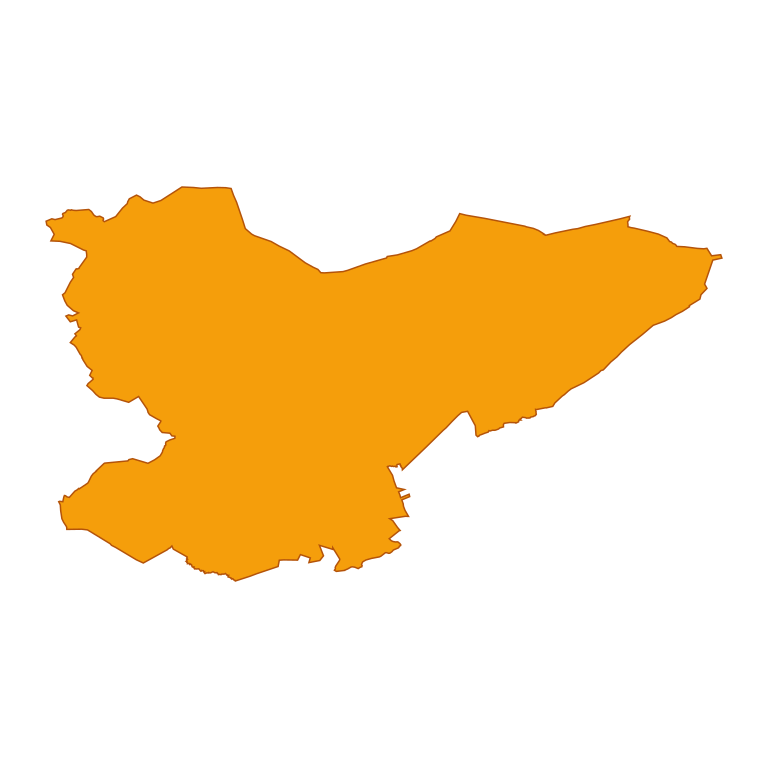 Izvaltas pag., Kraslavas, Latvia
{"feature_id": "27541924B67653564082262", "entity_name": "Izvaltas pag.", "entity_type": "district", "adm_level": 2, "iso_a3": "LVA", "parent_name": "Latvia", "parent_adm1": "Kraslavas", "projection": "natural_earth1", "projection_center": [27.011, 55.966], "detail": "fine", "context": "isolated", "style": "filled", "palette": "amber", "viewbox_px": 768, "rotation_deg": 0, "n_neighbors": 0, "source": "geoboundaries", "source_scale": "gbopen_adm2", "svg_char_len": 6017}
<svg xmlns="http://www.w3.org/2000/svg" viewBox="0 0 768 768"><path d="M629.8,216.3L619.8,218.9L595.2,224.5L585.2,226.5L577.8,228.6L572.7,229.3L555.3,232.9L545.6,235.3L543.9,234.4L544.3,234.2L542.8,233.2L538.5,230.5L533.4,228.4L526.3,226.8L524.9,226.2L484.9,218.4L466.1,215.2L459.7,213.6L455.8,221.5L450.0,230.9L436.3,236.9L435.0,238.5L430.8,241.1L430.2,240.9L416.5,248.8L411.9,250.7L397.4,254.9L387.2,256.5L386.5,258.0L365.4,264.0L347.8,270.3L343.0,271.6L324.4,272.9L320.8,272.7L317.9,269.4L313.3,267.3L305.2,262.8L289.2,250.9L279.2,246.1L271.1,241.5L254.5,235.7L251.6,234.1L245.3,228.6L242.4,219.4L236.6,202.3L233.6,195.5L231.1,188.5L225.6,187.7L217.5,187.5L201.3,188.3L193.5,187.5L181.9,187.0L160.9,200.5L153.0,203.1L143.9,200.1L140.0,196.8L136.5,195.1L129.3,198.8L127.7,201.8L127.3,203.6L122.5,208.1L115.7,216.6L104.3,221.7L103.1,220.7L103.0,220.2L103.6,219.0L103.2,217.9L99.8,216.2L96.9,216.7L95.7,216.4L93.8,215.0L91.4,211.5L88.8,209.5L76.2,210.5L73.3,210.3L71.2,209.8L70.7,210.3L68.6,209.9L67.3,210.2L65.4,212.5L62.9,213.5L62.5,214.2L63.3,216.0L62.5,217.5L61.7,218.0L55.1,219.6L51.8,218.8L46.1,221.2L46.8,225.0L50.4,227.5L54.2,234.3L50.9,240.9L59.9,241.3L70.5,243.5L83.7,250.1L86.2,250.8L86.7,254.5L86.7,257.1L79.2,267.6L79.0,268.4L77.0,269.0L76.5,268.8L76.1,268.9L72.5,274.3L73.6,277.4L70.3,282.3L65.0,292.8L62.5,294.8L64.8,300.9L67.2,305.3L73.4,310.7L78.5,312.9L72.6,315.9L68.7,314.9L65.9,316.1L70.3,321.8L76.6,319.9L78.6,327.1L80.7,327.8L79.9,329.7L74.9,333.8L76.4,335.8L74.8,337.1L70.3,342.6L74.2,345.1L76.2,347.3L80.3,354.5L81.3,355.4L82.1,358.2L82.4,358.1L82.9,359.7L87.1,366.4L92.1,370.4L89.7,375.4L92.4,378.0L92.9,378.0L93.1,379.3L88.1,383.6L86.9,385.6L92.6,390.6L96.0,394.4L99.4,397.1L104.1,398.2L113.2,398.2L117.1,398.9L128.7,402.3L138.6,396.5L147.0,408.9L147.8,411.2L148.0,412.3L149.6,414.7L156.6,418.7L161.3,421.1L161.1,421.1L157.8,426.1L159.3,428.7L159.6,429.7L162.2,432.5L169.9,433.2L171.9,435.9L174.9,436.2L175.0,436.9L174.8,438.3L169.7,440.0L166.1,441.8L165.6,443.2L165.8,445.0L164.6,446.0L164.7,446.6L164.3,447.0L164.3,447.8L163.6,448.5L162.6,450.8L162.5,451.9L160.2,455.8L154.6,459.8L148.0,463.3L132.6,458.7L128.9,459.6L127.9,460.9L104.8,463.1L104.0,463.5L96.4,470.7L96.1,471.0L96.3,471.2L93.2,473.7L91.3,476.2L88.7,481.6L87.8,483.1L79.3,488.8L78.8,488.4L76.9,490.0L74.9,491.1L69.3,497.4L67.0,496.9L65.5,495.7L64.4,495.5L63.8,497.1L62.8,501.7L59.6,501.3L58.7,501.7L60.3,504.9L60.7,510.8L61.9,518.7L63.6,522.2L66.4,526.5L66.7,527.4L66.8,529.4L81.7,529.2L87.5,529.9L110.1,543.7L111.5,545.3L115.8,547.5L136.4,559.8L143.3,563.0L167.2,549.8L168.8,548.4L170.0,548.0L171.9,546.0L173.3,549.1L187.1,556.9L186.9,557.5L187.3,558.0L186.7,558.8L187.4,559.3L186.9,559.6L187.2,559.9L186.4,560.9L186.9,561.5L186.4,561.6L186.8,561.9L186.8,562.3L187.5,562.6L187.4,563.7L189.6,563.5L190.0,563.7L189.7,564.5L189.9,564.7L190.8,564.3L191.5,564.6L192.1,566.7L192.8,567.1L193.6,566.9L194.1,567.0L193.8,567.7L194.1,567.9L194.5,568.9L195.3,568.7L195.9,569.0L198.8,568.8L200.7,571.1L201.3,571.1L201.8,570.4L202.5,570.8L203.4,570.7L203.7,571.8L204.6,571.7L204.3,572.7L205.0,573.6L206.9,572.8L208.3,573.0L208.7,572.5L209.6,572.9L210.7,572.8L213.0,571.7L215.0,572.8L217.1,572.6L217.4,573.0L217.4,573.6L218.6,574.1L218.6,574.6L220.1,574.4L221.0,574.7L221.7,574.1L224.2,574.1L225.5,573.5L226.5,574.7L227.4,574.9L227.2,575.4L227.8,575.7L228.4,575.6L228.1,576.0L228.3,576.5L228.1,576.9L231.0,577.9L231.0,578.5L231.8,579.1L232.0,578.8L232.8,578.7L233.9,580.0L235.1,580.4L235.3,581.0L250.1,576.2L256.7,573.7L278.1,566.5L279.3,560.2L283.8,559.9L297.6,560.1L300.4,554.6L310.3,557.9L308.9,562.6L319.8,560.5L323.5,555.8L319.4,545.3L332.8,549.4L332.8,547.8L339.8,559.1L339.5,560.4L335.8,566.0L335.2,567.5L335.4,568.9L334.4,570.2L336.3,571.4L344.7,570.4L344.7,570.2L347.8,568.9L350.9,567.1L352.3,566.8L354.8,567.2L358.2,568.6L360.2,567.3L361.9,566.7L361.9,566.0L362.1,565.5L361.5,564.5L362.5,562.1L363.3,561.5L365.9,560.0L371.5,558.4L379.4,556.9L380.9,556.2L385.4,552.7L386.7,552.7L388.6,553.3L389.8,553.2L391.8,551.8L393.4,550.0L398.4,547.9L398.9,547.4L399.4,546.2L400.6,545.6L400.8,544.9L400.0,543.7L398.2,542.1L397.2,541.8L395.7,542.0L393.0,541.5L391.3,540.7L389.2,538.7L399.1,530.8L400.1,530.5L397.4,527.3L392.7,520.6L389.7,518.7L405.3,516.3L408.5,516.4L405.0,510.3L403.5,506.3L403.2,503.8L401.8,499.9L409.7,496.6L409.1,494.2L400.6,497.7L399.9,495.0L398.6,491.8L404.3,489.5L396.5,487.8L394.0,480.9L392.5,475.3L387.3,466.7L387.6,466.4L388.4,466.5L389.1,466.0L389.8,465.8L391.5,466.4L392.5,466.1L393.3,466.5L395.4,466.3L395.6,466.8L396.9,466.9L397.1,466.4L396.8,465.2L397.1,464.5L400.0,463.9L400.3,464.3L400.3,465.4L400.9,465.8L400.9,466.6L402.3,468.3L402.4,469.8L426.2,447.0L443.2,430.3L446.1,427.8L452.1,421.4L457.8,415.7L461.6,412.4L467.6,411.3L475.3,425.7L476.0,435.1L477.6,436.7L479.0,436.1L479.1,435.6L480.2,434.9L480.8,434.8L485.1,433.1L488.2,432.1L489.0,430.6L490.0,431.0L492.7,430.2L494.2,430.3L495.6,430.1L498.6,429.0L499.7,428.0L503.5,426.9L503.4,424.6L504.2,423.3L509.8,422.5L516.0,422.7L515.9,423.0L516.2,423.0L518.6,421.8L518.8,420.5L519.1,420.1L520.8,420.0L520.2,419.5L520.0,419.2L520.2,418.9L521.3,418.4L522.3,417.2L525.5,417.6L526.4,418.1L529.7,418.0L530.1,417.9L530.4,417.3L530.7,417.1L533.6,416.5L534.2,415.9L535.0,415.8L535.6,415.4L535.8,414.7L536.3,414.3L536.0,412.5L536.1,411.7L535.7,410.8L535.6,409.4L536.2,409.6L545.4,407.8L546.2,407.9L552.8,406.4L554.8,403.0L562.3,396.0L564.4,394.6L568.2,391.1L571.2,388.8L583.9,382.7L598.6,373.0L600.9,370.6L603.3,369.9L610.9,361.9L617.0,356.8L621.4,352.1L629.7,344.5L642.6,334.3L653.2,325.3L664.6,321.1L671.4,317.6L676.0,314.6L682.3,311.4L689.5,306.7L689.3,305.6L699.9,299.1L701.0,294.7L707.0,288.4L704.6,284.1L712.8,260.1L721.9,258.1L720.7,254.7L711.6,255.8L706.9,248.3L703.8,248.8L697.4,248.4L684.7,246.8L676.8,246.4L675.8,244.9L675.1,244.3L672.5,243.3L671.5,242.1L669.6,241.5L666.9,237.9L658.4,234.1L647.5,231.2L634.1,228.1L630.9,227.6L627.9,226.7L628.0,225.0L627.6,221.7L629.6,219.2L629.3,217.4L629.8,216.3Z" fill="#f59e0b" stroke="#b45309" stroke-width="1.5"/></svg>